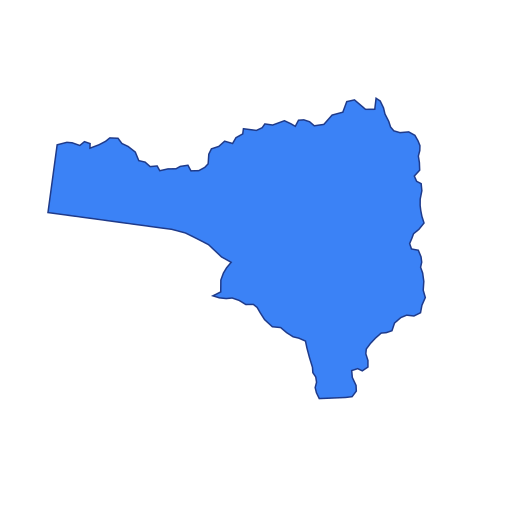 the district of Tacima, Paraíba, Brazil, rotated 344°
{"feature_id": "56859067B48100654649443", "entity_name": "Tacima", "entity_type": "district", "adm_level": 2, "iso_a3": "BRA", "parent_name": "Brazil", "parent_adm1": "Paraíba", "projection": "orthographic", "projection_center": [-35.512, -6.551], "detail": "fine", "context": "isolated", "style": "filled", "palette": "blue", "viewbox_px": 512, "rotation_deg": 344, "n_neighbors": 0, "source": "geoboundaries", "source_scale": "gbopen_adm2", "svg_char_len": 2001}
<svg xmlns="http://www.w3.org/2000/svg" viewBox="0 0 512 512"><g transform="rotate(344 256 256)"><path d="M185.8,142.2L178.9,140.9L175.3,135.2L169.6,132.0L168.6,122.8L163.3,115.5L158.1,110.9L155.8,104.8L148.0,102.2L143.0,104.3L135.7,105.8L126.1,106.6L127.5,102.2L122.6,98.8L117.1,101.2L110.5,96.5L105.5,94.6L95.5,94.3L68.0,156.9L173.5,203.3L182.3,207.1L194.5,214.4L202.1,221.3L213.5,232.0L222.6,247.4L230.4,255.2L224.5,259.2L220.0,263.4L215.6,269.4L212.2,280.8L203.6,282.4L209.2,286.1L215.6,288.7L221.5,289.8L227.5,294.0L232.8,299.8L240.1,301.8L242.9,305.7L244.4,311.7L246.7,319.5L252.2,328.5L260.0,331.6L264.3,338.1L269.4,343.9L274.4,346.7L280.1,351.4L279.6,358.3L279.4,368.3L279.6,378.6L278.5,383.8L280.1,388.8L279.4,394.1L276.6,398.8L276.4,404.1L277.5,410.5L303.2,416.7L309.6,417.7L315.2,413.5L316.5,408.0L315.1,399.3L316.4,392.5L322.7,392.3L326.5,395.7L333.0,393.6L334.8,387.3L334.6,380.3L336.4,375.8L341.9,371.6L348.1,367.9L355.1,364.6L360.1,365.6L366.1,365.3L370.7,358.6L378.3,355.1L384.5,354.4L391.3,357.2L398.5,355.9L401.9,349.1L407.3,342.6L407.3,335.0L410.3,326.7L411.5,318.3L411.1,312.2L413.6,307.6L414.4,302.3L413.6,295.2L407.4,292.1L407.1,286.4L410.6,282.1L413.6,278.0L419.9,275.3L426.6,270.6L426.4,263.6L426.9,257.8L427.7,252.7L429.5,246.6L433.4,239.0L434.7,232.0L431.0,228.5L430.2,222.8L437.0,218.6L438.8,211.3L439.6,204.7L442.5,199.8L444.0,195.1L443.5,190.1L442.0,183.8L437.0,178.8L428.4,177.1L423.0,173.7L420.9,169.1L420.7,163.2L419.1,155.0L419.4,148.8L418.1,141.2L414.9,137.5L410.6,147.7L401.7,145.2L393.7,133.1L385.8,132.6L379.1,141.7L368.0,141.5L357.5,148.2L347.9,146.9L344.5,141.7L339.5,138.3L334.3,137.2L329.5,142.2L326.0,138.5L320.6,133.8L313.6,134.3L308.1,134.7L300.9,131.5L297.3,134.4L291.0,135.4L279.0,130.2L276.9,135.0L269.4,136.7L264.5,141.4L257.5,137.0L250.5,140.4L242.7,140.7L238.7,145.1L235.4,154.2L231.2,156.7L224.5,158.2L216.9,156.2L215.6,150.0L207.9,149.0L203.1,150.1L195.3,148.0L187.0,147.5L185.8,142.2Z" fill="#3b82f6" stroke="#1e3a8a" stroke-width="1.5"/></g></svg>